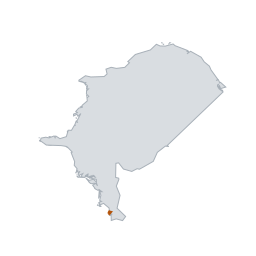 Knox, Maine, United States of America (highlighted), rotated 106°
{"feature_id": "52423323B37590358813634", "entity_name": "Knox", "entity_type": "district", "adm_level": 2, "iso_a3": "USA", "parent_name": "United States of America", "parent_adm1": "Maine", "projection": "orthographic", "projection_center": [-69.021, 44.093], "detail": "fine", "context": "in_parent", "style": "filled", "palette": "amber", "viewbox_px": 256, "rotation_deg": 106, "n_neighbors": 0, "source": "geoboundaries", "source_scale": "gbopen_adm2", "svg_char_len": 4568}
<svg xmlns="http://www.w3.org/2000/svg" viewBox="0 0 256 256"><g transform="rotate(106 128 128)"><path d="M194.9,117.1L208.1,116.4L213.7,105.9L218.5,107.7L218.6,114.3L221.5,118.6L216.4,120.2L216.2,121.4L215.3,119.9L214.0,122.5L210.1,124.2L207.2,130.7L209.4,133.5L210.9,133.2L210.5,132.0L211.0,132.6L211.1,133.9L206.6,134.8L205.9,133.3L205.3,135.3L200.2,135.5L196.2,137.9L196.7,136.5L196.4,135.5L195.1,138.9L196.2,139.6L195.6,142.5L192.7,146.2L190.1,143.6L192.0,141.4L189.9,142.9L190.5,145.6L191.5,147.2L191.6,148.9L187.7,154.8L189.1,151.0L186.8,147.1L188.8,143.4L186.1,144.3L186.5,150.1L184.2,148.2L183.3,148.3L184.3,146.6L184.3,146.0L183.3,147.3L183.1,148.5L186.8,151.1L185.8,152.0L184.3,149.9L183.7,149.5L185.6,152.1L186.5,152.6L185.8,154.0L184.7,152.8L186.4,155.1L185.9,155.4L185.1,154.2L182.8,153.4L185.5,155.8L187.4,155.9L188.8,161.3L187.5,157.1L187.8,159.8L184.3,158.9L186.7,161.7L188.0,161.1L186.2,163.3L182.8,162.2L184.8,163.6L182.9,164.6L185.0,165.6L181.1,165.8L178.7,169.4L175.0,170.0L167.3,175.9L166.5,175.0L163.1,180.8L162.7,182.3L163.3,187.2L166.9,201.8L164.4,208.7L161.7,208.8L159.5,204.5L159.3,201.2L156.0,196.8L157.5,195.4L155.6,195.2L157.0,190.5L153.3,184.9L146.6,184.8L145.8,181.7L139.5,180.1L140.5,179.2L139.2,180.0L136.2,179.8L136.6,177.7L135.8,179.1L127.1,177.3L130.5,179.3L128.9,180.9L131.4,183.6L129.7,184.2L127.1,180.9L126.5,182.8L122.4,180.8L120.6,177.6L118.9,178.4L113.2,174.6L109.1,176.2L110.2,175.7L108.4,174.4L106.7,177.4L102.6,178.3L103.6,177.9L101.3,176.7L101.8,178.2L98.7,178.5L96.8,181.8L95.6,180.7L96.5,182.1L95.9,185.6L96.6,188.0L95.6,188.4L89.5,183.3L89.2,177.8L85.1,165.1L81.8,163.0L77.5,165.4L74.3,160.9L73.9,155.6L70.6,147.8L64.9,144.6L64.2,146.5L55.3,141.2L46.8,128.0L39.7,123.8L40.3,119.9L39.0,114.7L34.8,107.8L35.9,105.5L37.1,91.8L37.8,90.9L37.9,93.0L38.6,90.3L40.5,91.8L37.0,89.0L39.8,77.2L43.4,73.0L46.1,66.8L49.3,64.2L56.7,54.8L58.0,56.5L56.7,54.4L59.2,52.3L58.6,51.7L61.7,45.3L64.6,49.8L61.7,52.0L64.5,51.0L62.6,53.4L61.2,53.1L61.8,53.8L63.2,53.5L65.3,51.2L67.1,46.5L134.0,85.5L134.6,83.7L135.1,87.1L143.3,93.1L153.1,94.5L164.5,105.7L164.6,108.0L168.7,112.4L168.7,121.1L164.1,127.4L165.3,129.9L178.9,126.3L178.8,123.1L180.0,122.6L187.1,123.2L194.9,117.1ZM201.7,137.0L203.9,136.8L196.0,138.4L202.6,136.3L201.7,137.0ZM65.6,49.1L65.0,51.1L64.8,51.3L64.9,49.5L65.6,49.1ZM96.6,187.4L96.4,184.1L96.8,182.5L96.5,184.3L96.6,187.4ZM217.0,120.5L216.9,121.5L216.6,121.2L217.0,120.5ZM120.5,178.5L120.5,179.2L119.9,178.5L120.5,178.5ZM35.6,112.1L36.4,112.3L35.6,112.1ZM35.0,111.3L34.6,111.5L34.5,110.9L35.0,111.3ZM208.6,135.0L208.0,135.6L207.9,135.4L208.6,135.0ZM97.7,181.1L96.9,182.3L98.7,180.1L97.7,181.1ZM165.9,197.0L166.6,199.9L165.7,196.7L165.9,197.0ZM37.8,116.8L37.8,117.7L37.7,116.8L37.8,116.8ZM164.8,209.2L163.9,209.9L165.4,208.3L164.8,209.2ZM189.0,163.1L188.0,164.1L189.0,161.5L189.0,163.1ZM66.1,47.4L65.7,47.8L65.7,47.4L66.1,47.4ZM101.7,178.7L100.3,178.8L101.8,178.5L101.7,178.7ZM210.7,135.3L210.7,136.0L210.0,135.8L210.7,135.3ZM36.9,118.6L36.7,119.6L36.8,118.6L36.9,118.6ZM99.8,179.2L99.2,179.4L99.8,179.0L99.8,179.2ZM191.1,150.0L190.1,151.5L191.3,149.5L191.1,150.0ZM108.6,176.6L107.6,176.9L109.0,176.4L108.6,176.6ZM163.2,181.6L162.9,182.7L162.9,181.9L163.2,181.6ZM185.3,165.9L184.9,166.1L185.9,165.3L185.3,165.9ZM149.0,185.0L147.8,185.4L147.4,185.1L149.0,185.0ZM135.8,179.5L135.6,179.7L135.0,179.5L135.8,179.5ZM158.1,201.1L158.1,201.9L157.9,200.9L158.1,201.1ZM132.8,180.4L132.5,181.1L132.7,179.8L132.8,180.4ZM162.0,210.7L161.4,210.7L162.3,210.6L162.0,210.7ZM195.4,143.1L194.9,143.8L195.5,142.7L195.4,143.1ZM187.3,164.3L186.9,164.5L187.3,164.3Z" fill="#d9dde1" stroke="#a8b0b8" stroke-width="1"/><path d="M213.1,121.1L213.0,121.3L213.0,121.6L213.4,121.7L213.4,121.8L213.5,122.0L213.4,122.2L213.5,122.4L213.4,122.5L213.2,122.9L213.3,122.9L213.2,123.0L213.3,123.1L213.4,122.9L213.4,123.0L213.5,123.0L213.4,123.1L213.4,123.3L213.5,123.3L213.6,123.1L213.8,123.1L213.9,122.9L214.0,122.8L214.3,122.8L214.3,122.7L214.2,122.4L214.3,122.4L214.4,122.2L214.2,122.3L214.2,122.2L214.3,122.1L214.2,122.0L214.2,121.9L214.3,121.9L214.3,121.7L214.4,121.4L214.1,121.4L213.6,120.9L213.3,121.2L213.1,121.0L213.1,121.1ZM214.7,122.1L214.8,122.1L214.8,122.3L214.8,122.5L215.0,122.6L215.3,122.4L215.3,122.2L215.2,122.1L215.3,122.0L215.2,121.9L214.9,121.9L214.8,122.0L214.7,122.1ZM215.7,122.1L215.8,122.3L215.7,122.3L215.7,122.6L215.8,122.6L216.0,122.3L215.9,122.3L215.9,122.2L215.7,122.1L215.7,122.1ZM214.8,123.4L214.8,123.5L215.0,123.5L215.0,123.4L214.9,123.2L214.9,123.3L214.8,123.4Z" fill="#f59e0b" stroke="#b45309" stroke-width="1.5"/></g></svg>